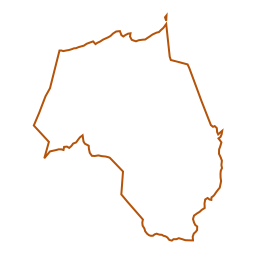 the district of Massapê, Ceará, Brazil
{"feature_id": "56859067B42354629826909", "entity_name": "Massapê", "entity_type": "district", "adm_level": 2, "iso_a3": "BRA", "parent_name": "Brazil", "parent_adm1": "Ceará", "projection": "equal_earth", "projection_center": [-40.377, -3.486], "detail": "fine", "context": "isolated", "style": "outline", "palette": "amber", "viewbox_px": 256, "rotation_deg": 0, "n_neighbors": 0, "source": "geoboundaries", "source_scale": "gbopen_adm2", "svg_char_len": 2033}
<svg xmlns="http://www.w3.org/2000/svg" viewBox="0 0 256 256"><path d="M56.3,150.0L58.7,149.3L61.2,149.3L63.5,150.0L64.1,146.9L66.9,146.6L69.2,147.9L71.3,146.1L73.1,143.6L76.2,142.4L77.8,140.1L79.9,137.4L82.6,135.3L83.5,141.5L84.9,143.7L88.7,145.7L88.9,148.9L89.8,152.9L91.9,155.8L94.6,156.0L98.6,155.4L101.0,156.0L103.2,156.3L105.5,156.5L108.0,157.1L109.7,157.7L111.7,159.7L123.0,171.5L122.3,181.2L121.7,189.4L121.3,194.4L127.8,202.2L142.9,219.5L142.3,222.5L142.6,225.6L144.4,228.5L145.2,231.3L147.1,233.7L149.0,235.2L150.9,235.8L153.0,235.7L154.6,234.4L156.7,233.7L159.2,234.6L161.8,234.8L163.5,235.8L165.5,236.3L167.4,237.5L169.4,240.0L171.9,240.6L173.5,239.2L176.3,239.2L178.8,238.2L182.0,239.1L185.3,240.2L191.2,240.4L193.0,240.4L192.7,236.7L193.8,233.6L195.7,231.9L197.1,230.1L197.2,226.5L195.2,224.9L194.0,222.4L193.0,219.1L194.0,215.6L197.2,213.3L199.7,211.8L201.7,209.9L204.7,208.0L204.5,203.4L205.2,199.5L207.6,198.0L209.5,199.5L211.3,199.9L211.5,197.4L213.9,195.5L216.4,191.9L218.0,189.8L219.7,187.8L220.5,184.2L221.1,181.1L220.6,177.8L220.5,173.6L220.8,170.7L222.0,168.1L221.4,165.1L221.9,160.7L220.7,157.4L219.0,153.8L219.1,149.4L220.0,147.1L220.7,144.9L221.4,142.3L218.5,138.4L220.5,137.0L221.6,134.4L222.2,130.8L220.2,132.5L218.2,134.4L217.1,132.0L216.8,128.1L214.7,126.1L213.0,126.8L210.9,125.1L201.5,101.1L196.6,87.8L189.3,68.1L187.6,64.4L170.8,60.0L169.7,56.6L166.2,24.0L163.4,27.9L161.0,30.0L159.0,32.0L156.4,32.7L152.5,34.5L149.8,36.4L147.2,38.1L145.2,39.5L142.7,39.7L138.9,40.2L136.0,41.3L133.8,40.6L131.7,39.8L130.0,36.5L130.5,33.3L128.0,33.7L125.3,35.1L123.3,36.5L121.4,35.1L119.9,31.1L116.2,31.5L113.1,33.5L110.6,35.9L108.2,37.3L105.3,38.6L102.9,39.7L100.2,41.5L97.2,42.9L95.5,44.1L93.1,41.4L89.5,42.7L86.6,43.8L83.8,45.7L79.0,47.0L75.9,48.2L74.1,48.3L71.7,49.2L69.1,50.0L66.2,50.5L63.2,51.1L61.4,50.5L59.5,50.5L50.0,88.2L45.5,96.3L39.2,112.8L33.8,125.5L46.6,139.4L48.9,141.9L44.3,158.3L50.0,151.4L56.3,150.0ZM166.5,15.4L165.0,17.3L166.2,20.8L166.5,15.4Z" fill="none" stroke="#b45309" stroke-width="2"/></svg>